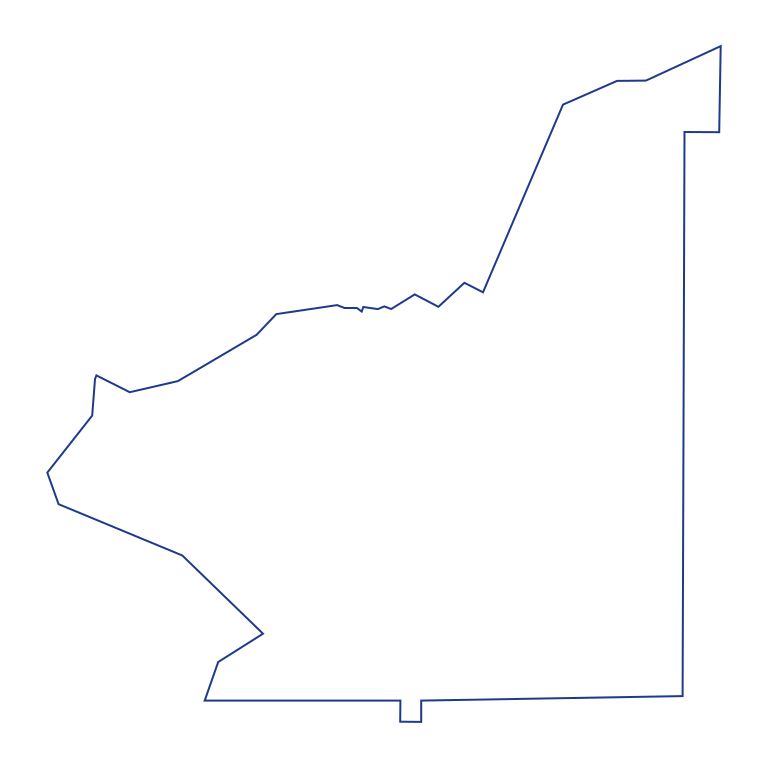 Chattahoochee, Georgia, United States of America
{"feature_id": "52423323B80240094400164", "entity_name": "Chattahoochee", "entity_type": "district", "adm_level": 2, "iso_a3": "USA", "parent_name": "United States of America", "parent_adm1": "Georgia", "projection": "orthographic", "projection_center": [-84.834, 32.378], "detail": "fine", "context": "isolated", "style": "outline", "palette": "blue", "viewbox_px": 768, "rotation_deg": 0, "n_neighbors": 0, "source": "geoboundaries", "source_scale": "gbopen_adm2", "svg_char_len": 574}
<svg xmlns="http://www.w3.org/2000/svg" viewBox="0 0 768 768"><path d="M617.0,80.9L563.0,104.6L483.0,292.3L464.4,282.8L438.4,306.8L414.7,294.4L391.2,309.0L384.3,306.4L377.8,309.1L363.3,307.0L361.7,311.6L357.0,308.0L344.5,308.0L337.2,305.1L276.3,314.1L256.6,334.8L177.9,381.1L129.7,392.2L96.4,375.4L95.0,379.1L92.2,415.6L47.3,472.6L58.6,504.2L141.3,538.5L182.3,555.5L263.0,633.7L218.2,662.0L204.7,700.6L400.4,700.6L400.2,721.7L421.2,721.9L421.2,700.6L682.6,696.1L684.5,132.0L719.2,132.2L720.7,46.1L645.9,80.6L617.0,80.9Z" fill="none" stroke="#1e3a8a" stroke-width="2"/></svg>